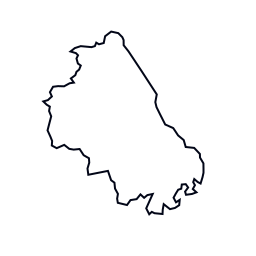 outline of Lagoa dos Três Cantos, Rio Grande do Sul, Brazil, rotated 222°
{"feature_id": "56859067B28552109375594", "entity_name": "Lagoa dos Três Cantos", "entity_type": "district", "adm_level": 2, "iso_a3": "BRA", "parent_name": "Brazil", "parent_adm1": "Rio Grande do Sul", "projection": "albers", "projection_center": [-52.844, -28.574], "detail": "fine", "context": "isolated", "style": "outline", "palette": "ink", "viewbox_px": 256, "rotation_deg": 222, "n_neighbors": 0, "source": "geoboundaries", "source_scale": "gbopen_adm2", "svg_char_len": 1437}
<svg xmlns="http://www.w3.org/2000/svg" viewBox="0 0 256 256"><g transform="rotate(222 128 128)"><path d="M39.7,141.3L41.9,145.2L44.4,148.0L48.3,152.2L54.7,154.2L57.2,156.8L65.5,157.5L72.4,152.5L78.5,156.3L85.8,156.0L94.3,158.2L102.7,155.5L113.8,159.8L120.8,162.6L125.0,165.5L129.1,172.2L156.4,179.5L179.0,185.3L186.6,186.6L190.1,190.4L193.0,191.7L198.7,192.0L205.0,188.4L206.4,180.9L202.9,174.9L205.6,170.8L208.7,170.2L207.4,166.7L209.2,163.7L217.9,157.2L221.0,151.8L221.9,146.4L216.8,148.8L213.8,148.6L212.8,145.2L208.4,142.4L204.9,142.8L203.4,138.7L203.9,135.3L202.5,132.0L203.6,126.6L198.6,125.5L201.3,122.2L203.4,116.2L208.0,112.3L211.3,108.5L210.0,102.4L205.7,100.5L206.2,95.1L208.7,91.1L204.0,90.9L200.4,91.6L198.0,87.8L192.9,85.3L188.6,77.0L186.2,72.4L180.0,69.7L175.7,67.6L172.9,64.0L167.5,65.3L164.1,72.8L157.7,73.2L153.9,75.6L149.9,80.0L142.7,78.1L136.8,79.4L133.6,76.3L131.0,70.8L126.2,66.7L114.2,82.7L105.6,77.9L101.5,78.3L97.1,74.3L91.4,72.3L88.8,68.2L85.5,65.6L77.2,70.1L77.9,76.1L74.0,80.9L74.3,87.0L69.3,86.9L68.7,91.1L65.5,95.5L60.7,80.5L54.5,78.1L54.2,81.6L51.3,82.4L44.8,87.2L47.5,90.5L50.5,95.3L47.0,95.5L42.5,95.8L39.6,100.0L38.3,104.9L41.5,109.2L42.6,104.9L47.5,106.7L48.6,111.3L49.4,115.7L47.8,118.5L50.2,122.0L47.5,124.9L43.5,124.0L43.0,118.9L40.2,117.2L36.3,121.8L34.1,126.0L39.0,126.0L40.0,130.3L43.3,131.4L44.6,134.4L40.1,134.5L36.9,135.3L39.7,141.3Z" fill="none" stroke="#020617" stroke-width="2"/></g></svg>